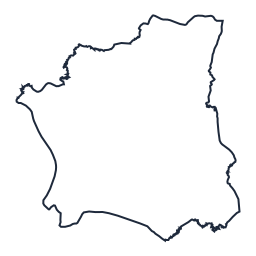 outline of Xaythany, Vientiane [prefecture], Laos
{"feature_id": "54806243B16467343540184", "entity_name": "Xaythany", "entity_type": "district", "adm_level": 2, "iso_a3": "LAO", "parent_name": "Laos", "parent_adm1": "Vientiane [prefecture]", "projection": "mercator", "projection_center": [102.749, 18.15], "detail": "fine", "context": "isolated", "style": "outline", "palette": "slate", "viewbox_px": 256, "rotation_deg": 0, "n_neighbors": 0, "source": "geoboundaries", "source_scale": "gbopen_adm2", "svg_char_len": 5687}
<svg xmlns="http://www.w3.org/2000/svg" viewBox="0 0 256 256"><path d="M61.0,226.8L65.1,226.8L70.3,225.5L72.7,224.0L74.9,223.5L76.4,223.5L77.4,222.9L81.0,216.7L82.2,214.2L83.8,212.4L89.1,211.5L95.6,212.1L102.6,212.0L108.9,213.2L117.8,215.7L140.0,223.4L147.4,226.3L151.8,231.0L153.9,232.1L155.4,233.7L159.2,236.2L162.1,238.6L165.0,240.6L165.1,239.7L165.4,239.6L166.6,240.0L168.4,240.0L169.5,237.9L169.9,237.9L170.2,237.5L170.8,237.8L170.9,237.6L171.0,236.8L172.0,237.4L172.7,236.3L173.3,236.1L173.3,235.1L173.6,234.5L173.9,234.5L174.2,235.4L174.6,235.3L174.8,234.2L175.6,234.3L175.8,233.7L176.5,233.8L176.6,232.9L176.9,232.8L177.3,233.3L177.8,233.3L178.3,231.9L177.0,231.0L177.0,230.7L178.1,231.1L178.4,230.8L178.9,231.3L179.0,230.6L178.3,229.7L178.5,229.2L179.0,228.8L179.9,229.1L180.0,228.8L180.4,228.7L180.0,228.1L180.9,228.4L180.9,227.7L180.5,227.1L181.0,226.5L188.4,222.1L191.6,219.6L192.2,219.5L194.1,220.5L194.9,220.2L194.8,219.6L195.1,219.4L195.3,219.5L195.5,220.4L197.8,220.1L198.0,221.5L197.4,221.6L197.8,222.1L197.9,223.2L198.8,223.3L198.8,224.2L199.3,224.6L200.0,224.7L200.4,225.6L201.7,226.0L202.2,226.9L202.7,226.2L203.0,227.0L203.7,226.2L204.2,226.4L204.4,225.9L205.1,225.8L205.5,224.5L206.4,224.6L206.8,225.0L207.2,224.2L206.9,223.5L207.8,223.8L208.6,223.4L209.6,223.3L211.2,223.8L211.6,223.5L211.8,224.2L212.3,224.5L211.6,225.5L211.1,227.3L211.9,227.3L211.6,226.5L212.0,225.9L212.4,225.8L213.3,227.1L214.3,227.9L213.1,228.8L212.9,229.2L213.2,230.1L212.8,230.2L214.4,231.5L215.5,229.4L215.9,229.4L216.3,229.9L216.7,229.6L217.0,228.8L216.3,227.8L216.4,227.0L217.5,226.8L218.1,227.5L218.6,228.8L219.2,228.9L218.3,227.0L219.6,224.7L220.5,224.9L221.6,225.6L221.4,226.8L222.0,227.1L222.1,227.4L223.1,227.3L222.7,226.7L223.0,226.5L223.7,226.9L223.9,227.6L224.6,227.3L225.6,227.3L226.5,225.0L226.0,224.1L226.6,223.7L227.3,222.3L229.1,220.9L232.7,216.9L236.8,213.0L239.5,211.6L238.4,199.1L234.5,191.1L232.5,188.3L230.2,185.7L229.7,184.5L229.7,183.9L228.1,183.5L227.6,183.0L227.4,181.6L227.8,179.8L229.0,177.1L228.4,175.5L227.8,175.2L227.6,174.1L227.0,173.2L227.8,173.0L227.2,171.9L227.5,171.5L228.2,171.5L227.7,171.0L228.6,169.9L228.6,168.4L229.0,167.7L228.8,167.0L230.0,166.6L230.1,165.5L230.9,165.8L231.1,164.7L232.1,165.2L232.7,163.7L233.7,163.2L234.4,162.2L235.3,161.9L235.6,160.4L235.3,159.1L234.4,157.4L233.8,155.3L231.8,152.3L229.2,149.6L222.2,144.4L220.9,143.0L219.7,140.6L218.5,131.9L217.6,121.9L217.6,118.2L217.1,116.5L217.3,113.7L215.9,108.7L215.3,109.3L215.4,110.3L214.6,110.4L214.4,109.1L215.1,107.8L214.8,106.9L213.5,106.9L212.6,107.4L210.6,106.4L209.8,105.5L209.5,105.5L209.4,106.9L209.0,107.2L206.9,106.7L206.8,106.2L207.6,105.6L206.1,103.7L206.2,103.2L207.1,102.6L208.5,102.4L209.0,101.4L208.5,96.7L210.7,90.5L210.1,86.0L210.5,85.5L211.4,85.0L211.8,84.3L211.5,83.7L211.0,83.3L210.7,82.7L210.8,82.1L214.0,80.1L214.6,79.3L212.3,76.7L212.1,75.4L210.3,74.5L210.4,72.5L208.9,71.4L208.8,70.6L209.7,69.6L210.9,67.6L210.3,66.3L210.3,65.6L211.7,62.1L212.7,54.4L213.5,52.7L214.5,48.7L217.0,44.0L217.7,41.1L218.7,38.6L219.2,36.2L220.8,34.0L221.5,32.3L221.8,31.0L221.6,26.7L222.7,20.8L216.8,20.8L215.0,19.6L213.7,17.4L212.5,16.3L210.9,15.8L205.1,16.5L202.6,15.8L198.0,15.6L194.9,16.2L193.7,17.0L187.8,22.3L186.6,24.1L185.8,24.7L184.9,24.9L180.0,24.0L170.1,20.2L167.4,19.6L163.1,19.5L161.3,19.0L155.1,15.9L153.2,15.4L152.6,15.6L150.2,18.8L149.1,21.1L148.5,23.2L147.8,24.1L145.4,23.5L143.4,23.4L140.7,25.4L138.9,28.3L139.1,28.8L140.6,30.0L139.6,32.0L139.5,33.8L139.8,35.1L139.3,37.0L138.7,37.3L138.3,36.8L137.9,36.8L137.4,37.8L136.9,37.8L136.1,38.9L134.7,38.7L134.5,39.9L132.7,40.4L130.7,42.7L129.7,43.2L129.9,43.6L121.4,43.0L114.3,44.6L113.6,46.6L111.5,48.9L110.9,49.2L110.5,49.0L108.7,49.8L104.5,50.2L103.9,51.0L101.8,49.8L100.6,49.7L100.0,50.4L99.7,49.7L98.8,50.1L98.4,49.4L97.8,49.6L97.1,49.0L96.4,49.2L95.9,48.6L94.9,48.5L94.3,48.6L94.4,49.8L92.0,47.8L90.9,48.2L90.9,46.8L89.9,46.2L88.4,46.3L87.3,46.9L86.4,46.4L86.2,46.1L85.4,46.5L84.0,46.4L81.4,45.6L81.0,45.1L80.5,45.1L79.5,44.3L78.9,44.4L78.7,44.6L79.0,45.8L78.2,46.9L77.6,47.3L75.7,47.7L75.8,48.9L75.1,48.9L74.1,49.7L74.5,52.1L74.0,52.9L74.4,53.2L74.9,53.1L75.2,52.7L75.5,53.5L75.1,53.9L74.6,54.0L73.1,55.6L71.3,55.4L70.6,55.6L70.3,56.0L69.5,56.2L69.6,56.9L69.4,57.2L69.7,57.5L68.7,57.9L68.5,59.0L68.0,59.7L67.4,59.8L67.7,60.3L67.6,60.7L66.4,61.5L66.7,61.8L66.4,62.2L66.9,62.4L67.2,63.0L66.9,63.9L66.1,65.0L65.7,64.8L65.7,63.8L64.9,63.8L64.4,64.8L64.3,65.9L63.5,67.1L63.8,67.6L64.6,66.8L65.6,66.9L66.9,67.5L67.4,68.9L66.9,70.1L67.8,70.8L67.6,73.0L68.3,73.6L68.1,74.1L66.6,74.5L67.3,74.8L67.6,75.8L68.3,76.3L68.3,76.8L69.1,77.3L67.5,78.0L67.3,78.8L66.4,79.0L66.0,78.3L67.0,77.1L66.7,76.8L65.0,77.4L64.5,78.4L63.7,78.6L62.5,78.5L62.8,77.4L62.3,77.1L60.6,78.1L60.3,79.7L62.0,81.0L63.3,81.5L63.9,84.3L62.9,84.3L58.7,86.1L56.3,86.2L50.6,83.4L48.7,83.1L47.7,83.3L46.1,84.4L41.8,89.9L40.2,91.1L38.1,91.8L36.7,91.6L33.4,89.5L31.9,87.7L31.6,85.9L30.6,86.3L29.8,85.9L29.2,85.1L29.1,84.1L28.2,84.0L27.6,84.8L27.1,84.9L27.3,85.7L25.6,85.7L24.9,86.0L24.8,86.5L24.2,86.6L23.8,87.8L23.5,87.8L22.8,87.0L23.0,88.0L21.7,88.6L22.9,88.9L23.1,89.3L22.1,89.5L21.9,90.0L21.2,89.7L21.1,90.2L21.8,91.6L23.0,92.0L22.6,92.3L23.2,93.2L22.3,93.6L22.0,93.4L21.1,94.8L19.0,96.8L18.5,97.9L17.6,97.6L17.6,98.1L16.5,100.1L16.7,101.7L18.6,103.0L20.8,103.0L25.9,105.6L29.9,109.3L31.7,111.8L33.2,118.6L34.0,121.1L38.5,131.1L41.5,136.7L50.6,150.0L52.9,154.8L55.3,161.0L56.0,165.1L56.1,167.3L55.9,170.2L54.6,176.4L50.1,188.9L46.8,195.4L43.4,200.2L43.3,203.5L44.3,205.3L48.6,209.3L49.4,209.3L51.1,207.1L53.8,205.3L55.0,205.6L56.8,209.7L58.7,211.8L60.7,213.2L60.4,219.9L60.6,222.1L59.5,225.4L61.0,226.8Z" fill="none" stroke="#1e293b" stroke-width="2"/></svg>